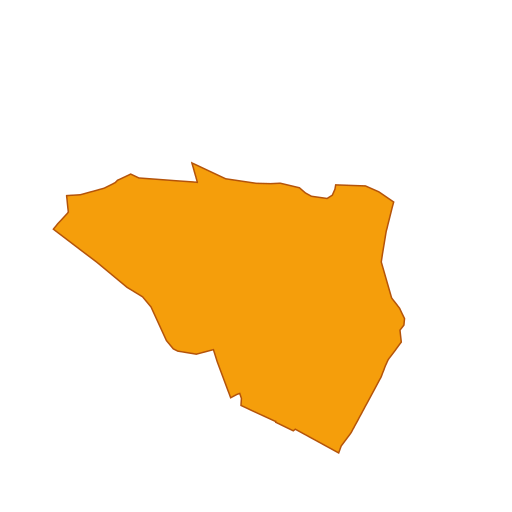 outline of Gharb Jabal Marrah, Central Darfur, Sudan, rotated 308°
{"feature_id": "16777658B15584581797424", "entity_name": "Gharb Jabal Marrah", "entity_type": "district", "adm_level": 2, "iso_a3": "SDN", "parent_name": "Sudan", "parent_adm1": "Central Darfur", "projection": "equal_earth", "projection_center": [24.023, 13.095], "detail": "fine", "context": "isolated", "style": "filled", "palette": "amber", "viewbox_px": 512, "rotation_deg": 308, "n_neighbors": 0, "source": "geoboundaries", "source_scale": "gbopen_adm2", "svg_char_len": 3335}
<svg xmlns="http://www.w3.org/2000/svg" viewBox="0 0 512 512"><g transform="rotate(308 256 256)"><path d="M289.9,148.2L289.6,148.5L287.9,150.9L287.5,151.4L287.1,152.1L286.9,152.3L286.8,152.5L286.1,153.3L286.0,153.5L285.8,153.8L285.5,154.2L285.0,154.9L284.9,155.0L284.4,155.6L284.1,156.1L282.1,158.8L281.8,159.3L281.4,159.8L281.3,160.0L280.7,160.7L280.5,161.0L280.4,161.1L280.2,161.4L280.1,161.5L279.8,162.0L279.5,162.4L279.3,162.6L279.1,162.9L279.0,163.1L278.8,163.3L278.7,163.5L278.3,164.0L278.2,164.1L278.1,164.3L277.9,164.4L277.8,164.1L277.6,163.8L277.5,163.7L277.3,163.5L277.3,163.4L277.1,163.0L276.5,162.3L275.6,160.8L273.5,157.7L272.5,156.2L266.9,147.9L265.9,146.4L255.9,131.4L245.4,115.7L243.4,106.8L243.2,106.7L240.7,105.5L239.4,104.8L237.5,103.9L237.2,103.7L235.6,102.9L235.0,102.6L234.8,102.5L234.6,102.4L234.4,102.3L234.2,102.2L233.4,101.8L232.8,101.5L231.9,101.0L231.5,100.8L231.2,100.6L230.9,100.5L230.8,100.4L230.6,100.3L230.4,100.2L230.2,100.2L229.0,100.1L228.4,100.0L227.8,100.0L227.6,99.9L227.3,99.9L227.2,99.9L226.9,99.8L226.2,99.4L225.2,99.0L224.5,98.7L224.1,98.5L217.0,95.1L216.8,95.0L216.1,94.7L215.7,94.4L215.3,94.1L214.3,93.4L211.4,91.2L211.2,91.1L209.7,90.0L206.2,87.4L204.8,86.3L199.5,82.4L196.3,80.0L195.6,79.3L191.6,74.8L189.8,72.7L188.3,71.1L188.0,70.7L187.7,70.4L187.6,70.2L187.4,70.1L187.2,69.8L187.0,69.6L186.8,69.7L185.2,71.3L184.6,71.9L180.9,75.4L178.0,78.2L177.1,79.1L176.5,79.7L175.7,80.4L175.1,81.0L174.9,81.1L173.2,81.1L172.3,81.0L167.2,80.6L163.5,80.3L159.5,79.9L158.2,79.9L156.0,79.9L153.8,79.8L152.4,79.8L152.4,82.9L152.4,83.3L152.8,116.2L153.1,134.3L151.9,173.7L154.0,191.8L151.2,204.7L134.2,237.5L131.9,248.0L132.9,253.0L141.9,269.4L156.0,280.1L148.9,290.4L132.8,316.6L131.2,319.3L128.7,323.3L135.2,326.2L137.7,327.8L134.8,332.2L130.1,335.4L129.0,336.2L130.6,343.1L131.3,346.4L137.6,373.1L137.8,373.4L137.1,373.9L141.2,393.0L143.7,393.6L151.7,442.4L158.7,440.1L168.2,439.9L173.5,439.8L175.3,439.7L176.1,439.6L176.8,439.5L177.5,439.3L178.3,439.2L178.8,439.1L179.3,439.0L179.9,438.9L180.1,438.9L180.3,438.9L180.9,438.8L181.5,438.7L182.3,438.5L187.4,437.7L188.7,437.5L189.2,437.4L192.9,436.7L197.4,436.0L198.8,435.7L200.1,435.5L201.5,435.3L201.8,435.2L203.1,435.0L204.0,434.8L205.9,434.5L207.9,434.2L225.4,431.2L233.4,429.8L234.4,429.6L235.1,429.5L236.6,429.3L238.0,429.0L238.3,428.9L239.6,428.5L239.9,428.4L241.7,427.8L243.9,427.2L244.3,427.1L245.1,426.8L245.4,426.8L245.7,426.6L247.0,426.2L249.3,425.5L252.4,424.8L253.0,424.6L253.9,424.4L255.7,424.0L256.2,424.0L256.4,424.0L256.6,423.9L257.9,423.9L259.0,423.9L259.8,423.9L267.7,423.8L269.0,423.7L275.9,423.5L276.2,423.5L276.4,423.5L276.5,423.5L277.0,423.5L277.6,423.5L277.9,423.2L286.2,415.1L292.6,415.1L298.1,411.6L298.3,411.3L298.5,410.8L299.5,408.8L300.5,406.7L302.7,402.3L303.0,401.8L303.1,401.6L303.2,401.4L303.4,400.6L303.6,399.9L303.9,398.5L304.2,397.6L306.0,390.3L306.1,389.9L306.5,388.6L328.4,358.4L335.1,354.6L355.8,343.3L358.0,342.4L358.5,342.2L361.3,340.9L368.3,337.8L378.2,333.4L382.7,331.5L383.3,331.3L383.3,331.2L383.2,329.5L382.2,313.3L378.6,299.1L377.5,297.6L369.5,286.6L366.7,282.7L361.1,275.0L357.2,277.1L350.9,278.7L345.1,276.6L337.2,262.9L336.1,256.1L336.5,248.2L328.3,230.3L322.0,223.0L313.4,211.4L298.2,184.6L297.4,181.2L290.5,150.8L290.0,148.8L289.9,148.2Z" fill="#f59e0b" stroke="#b45309" stroke-width="1.5"/></g></svg>